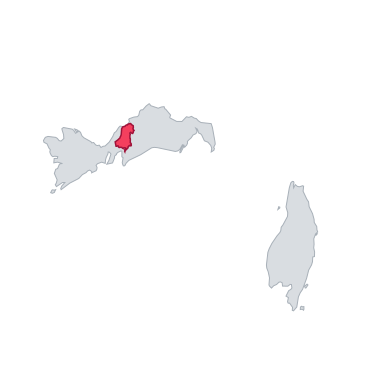 location of Telang Usan, Sarawak, Malaysia, rotated 209°
{"feature_id": "92858781B46981369874280", "entity_name": "Telang Usan", "entity_type": "district", "adm_level": 2, "iso_a3": "MYS", "parent_name": "Malaysia", "parent_adm1": "Sarawak", "projection": "equal_earth", "projection_center": [114.732, 3.333], "detail": "fine", "context": "in_parent", "style": "filled", "palette": "rose", "viewbox_px": 384, "rotation_deg": 209, "n_neighbors": 0, "source": "geoboundaries", "source_scale": "gbopen_adm2", "svg_char_len": 6347}
<svg xmlns="http://www.w3.org/2000/svg" viewBox="0 0 384 384"><g transform="rotate(209 192 192)"><path d="M320.3,190.6L318.4,190.1L315.6,187.8L312.8,187.0L304.7,187.0L303.6,186.3L302.0,187.6L299.2,186.5L297.5,186.6L295.8,188.0L293.2,186.8L292.0,188.8L290.3,190.1L288.6,195.5L288.2,202.0L288.6,206.0L287.7,208.2L287.4,212.8L286.8,214.8L284.5,215.6L283.5,215.0L281.5,217.8L281.0,218.9L280.9,223.3L282.5,224.8L282.4,225.7L279.1,229.4L276.2,231.5L275.8,233.4L276.9,237.3L276.4,239.1L274.9,240.0L273.8,245.0L272.4,248.2L271.9,248.5L269.9,247.5L262.2,248.9L260.0,251.5L257.8,253.1L256.1,251.6L255.2,251.7L248.0,248.9L247.7,246.5L247.0,246.1L239.6,246.3L235.0,248.8L233.3,255.1L230.9,255.8L229.1,257.9L225.9,257.7L223.9,258.3L220.8,257.3L217.9,257.1L208.4,261.1L205.4,258.3L196.2,247.0L194.9,245.1L194.7,241.6L193.6,241.0L193.3,240.1L193.1,239.1L194.6,236.3L196.0,239.9L198.3,241.9L202.2,243.3L206.0,242.8L211.1,246.5L212.8,247.1L214.6,246.8L217.8,249.6L219.8,249.7L217.2,247.8L216.7,246.3L217.0,244.7L218.7,242.4L219.0,238.9L220.2,235.5L220.5,233.9L219.6,232.6L219.4,230.5L220.1,227.6L221.8,229.1L223.3,228.7L223.3,223.3L224.4,221.0L226.2,219.4L243.8,214.0L246.7,212.7L248.7,211.1L255.0,199.7L262.6,189.0L263.6,185.2L263.5,182.6L264.0,181.9L264.8,181.6L266.5,183.0L267.3,184.0L268.9,188.6L270.4,188.8L272.8,193.2L273.4,193.7L274.1,193.4L276.1,190.6L276.6,188.5L276.2,188.2L277.1,185.8L276.3,184.3L275.6,178.9L280.0,175.0L280.0,179.5L281.3,185.9L283.5,186.8L284.7,186.4L284.0,184.5L283.8,180.7L283.2,178.2L281.8,175.0L285.5,174.3L288.4,170.9L288.8,168.8L287.0,167.5L286.3,165.9L286.2,164.1L289.1,160.1L289.5,161.2L291.3,161.5L292.2,161.5L293.5,159.8L294.1,157.5L296.3,154.1L297.6,148.9L303.2,140.5L307.6,130.6L308.5,131.4L308.8,134.0L307.8,138.7L309.8,137.6L313.2,131.0L315.1,132.1L315.0,133.9L315.8,137.2L321.4,141.5L322.2,145.8L320.9,147.4L321.4,151.6L320.9,152.9L319.1,154.1L324.1,152.9L327.0,150.5L328.8,154.5L326.0,156.1L326.6,157.9L329.3,156.8L330.9,155.4L332.6,155.7L335.1,157.4L335.9,158.3L336.4,160.3L338.3,161.0L342.1,163.8L345.6,163.7L346.9,165.1L346.8,168.7L344.9,170.8L337.7,173.7L335.8,173.6L333.1,172.5L331.2,173.1L330.0,176.6L332.2,180.0L335.9,183.5L336.5,184.4L335.7,186.1L327.2,188.9L325.4,188.6L322.3,186.9L320.3,190.6ZM44.6,142.2L45.6,137.3L46.9,137.1L48.2,139.9L52.7,142.1L54.0,141.4L54.6,141.8L55.3,142.5L56.5,146.4L59.3,146.5L59.6,152.5L58.3,154.9L58.1,156.5L60.2,159.3L61.4,158.7L62.5,156.1L67.2,153.6L69.1,156.3L70.9,156.3L72.2,155.3L73.2,152.1L75.1,149.6L75.9,146.5L78.6,147.3L79.6,148.0L82.6,154.5L86.7,159.2L89.7,161.7L91.5,164.2L96.4,176.1L97.0,179.9L97.2,185.8L96.4,194.7L95.5,199.1L95.6,201.2L96.9,204.4L96.5,207.4L96.6,216.9L98.2,220.3L102.5,224.5L108.9,242.8L110.0,247.9L109.4,249.9L108.2,250.4L107.2,249.4L106.6,246.9L105.1,244.9L105.3,248.5L102.5,248.0L100.6,248.6L98.3,251.1L97.2,251.2L95.2,246.5L88.0,241.3L85.3,239.9L82.4,235.9L76.1,231.5L72.0,227.3L70.3,224.6L66.2,222.3L64.4,219.5L62.7,218.0L63.6,215.3L62.8,210.1L59.9,205.5L58.5,202.2L55.7,199.0L53.6,194.9L54.9,193.7L52.8,189.4L52.1,186.2L52.1,180.3L49.9,172.0L48.1,160.4L48.5,156.3L48.1,151.9L44.6,142.2ZM313.4,126.8L312.4,127.9L312.2,124.8L313.5,123.2L315.3,122.9L315.4,125.7L314.9,126.4L313.4,126.8ZM40.3,141.7L41.4,144.0L40.6,145.3L39.9,145.0L38.6,146.0L37.3,143.8L37.1,142.7L38.8,142.9L40.3,141.7ZM222.4,228.0L222.0,228.3L221.2,227.5L221.0,221.0L221.6,220.5L222.3,221.7L222.4,228.0ZM47.9,164.2L46.7,167.2L45.5,166.9L45.8,163.4L46.4,162.9L47.9,164.2ZM325.2,190.2L323.0,190.6L321.5,190.6L321.7,188.9L322.4,188.6L325.2,190.2ZM109.0,221.2L107.8,221.3L107.5,220.5L108.4,218.3L109.0,221.2ZM63.0,215.8L62.2,216.2L62.3,214.8L62.9,214.1L63.0,215.8Z" fill="#d9dde1" stroke="#a8b0b8" stroke-width="1"/><path d="M281.2,219.3L281.4,219.3L281.6,219.0L281.7,218.9L281.8,218.8L281.9,218.7L282.0,218.6L282.1,218.4L282.2,218.2L282.3,217.9L282.4,217.4L282.4,217.1L282.5,216.9L282.8,216.8L282.9,216.7L283.0,216.5L283.1,216.3L283.3,216.2L283.5,216.1L283.8,215.8L283.9,215.6L284.1,215.4L284.1,215.1L284.2,214.9L284.2,214.6L284.2,214.4L284.1,214.0L284.2,213.7L284.2,213.4L284.1,213.0L284.0,212.7L283.7,212.2L283.1,210.8L281.8,208.0L281.7,207.6L281.5,206.7L281.5,206.2L281.5,205.4L281.4,205.0L281.3,204.6L281.3,204.0L281.5,203.6L281.8,202.7L281.9,202.3L282.2,201.4L283.1,199.5L283.3,199.0L283.5,198.8L283.5,198.5L283.1,198.2L282.8,197.9L282.7,197.6L280.6,195.2L280.4,195.3L280.1,195.5L279.9,195.7L279.7,196.0L279.2,196.5L278.7,196.3L278.4,195.9L278.1,195.9L277.8,195.8L277.6,195.6L277.3,195.6L277.0,195.8L276.8,195.9L276.5,196.2L275.9,196.6L275.6,196.7L275.2,196.9L274.9,197.0L274.7,196.9L274.3,196.7L273.9,196.6L273.7,196.6L273.3,196.7L273.2,197.2L273.1,197.6L272.9,197.8L272.7,197.9L272.4,197.9L272.2,197.9L272.1,198.0L271.8,198.2L271.6,198.3L271.4,198.3L271.2,198.2L271.2,197.9L271.1,197.7L270.9,197.7L271.0,197.3L271.0,197.2L271.3,197.0L271.3,196.9L271.3,196.6L271.2,196.4L270.9,196.3L270.9,196.2L271.1,196.1L270.9,196.0L270.8,195.9L270.8,195.7L270.7,195.6L270.6,195.4L270.6,195.2L270.6,194.9L270.3,194.7L270.4,195.0L270.3,195.4L270.3,195.9L270.3,196.6L270.2,197.0L270.0,197.3L269.9,197.6L269.8,197.9L269.7,198.4L269.6,198.7L269.4,199.2L269.5,199.5L269.5,200.1L269.8,200.5L269.7,201.3L269.6,201.7L269.2,201.8L269.0,202.1L268.9,202.6L268.8,203.0L268.4,203.2L268.1,203.2L267.8,202.8L267.7,202.9L267.7,203.4L268.0,203.8L268.2,204.1L268.5,204.6L268.7,204.8L269.0,205.0L269.3,205.1L269.5,205.1L270.0,205.3L270.2,205.8L270.6,206.5L270.8,206.9L271.0,207.3L271.2,207.5L271.3,207.9L271.7,208.5L272.0,208.7L272.1,209.0L272.5,209.0L273.0,210.1L273.2,210.3L273.5,210.9L273.8,211.5L273.8,211.9L273.8,212.2L274.1,212.5L274.3,212.6L274.5,212.8L274.9,213.4L274.9,213.7L274.7,214.1L274.5,214.5L274.3,214.4L274.1,214.3L273.9,214.2L273.6,214.2L273.3,214.3L272.9,214.3L272.6,214.3L272.3,214.4L272.3,214.7L272.2,215.2L272.3,215.7L272.4,216.0L272.6,216.3L272.6,216.6L272.6,217.0L272.6,217.3L272.5,217.8L272.8,217.9L273.0,217.9L273.3,217.8L273.6,217.9L273.7,218.1L273.7,218.3L273.8,218.5L274.1,218.8L274.3,218.9L274.6,219.2L274.6,219.4L274.6,219.5L274.6,219.8L274.6,220.0L274.7,220.3L274.8,220.4L275.0,220.6L275.3,221.1L275.5,221.3L275.6,221.5L277.2,221.6L277.8,221.6L278.1,221.8L278.3,222.0L278.6,222.1L279.0,222.1L279.6,221.6L279.8,221.3L280.2,221.0L280.4,220.9L280.6,220.6L280.8,220.4L281.0,219.9L281.0,219.6L281.0,219.4L281.2,219.3Z" fill="#f43f5e" stroke="#9f1239" stroke-width="1.5"/></g></svg>